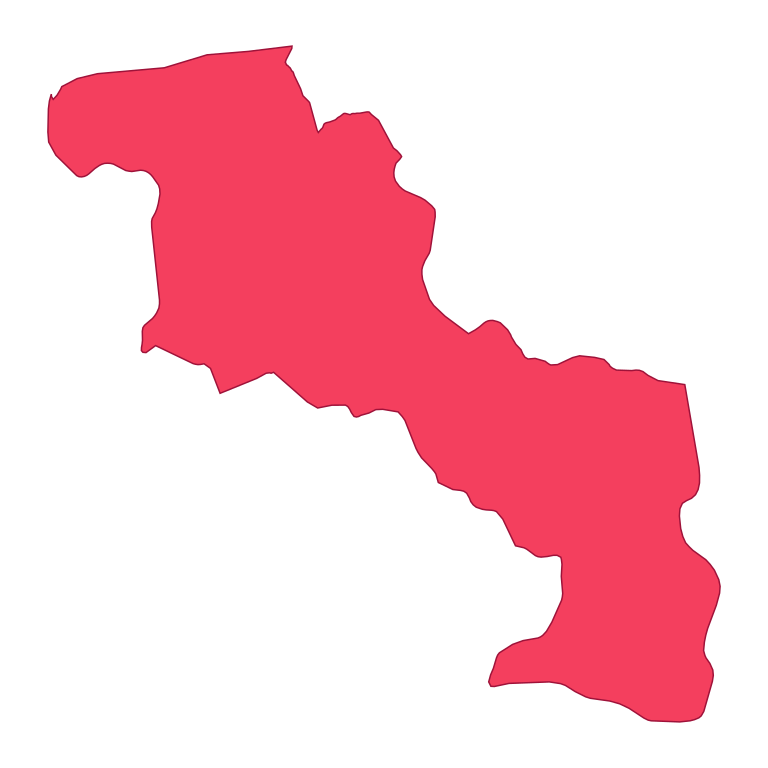 map outline of Aragua (Natural Earth projection)
{"feature_id": "VEN-41", "entity_name": "Aragua", "entity_type": "State", "adm_level": 1, "iso_a3": "VEN", "parent_name": "Venezuela", "parent_adm1": "", "projection": "natural_earth1", "projection_center": [-67.18, 9.967], "detail": "fine", "context": "isolated", "style": "filled", "palette": "rose", "viewbox_px": 768, "rotation_deg": 0, "n_neighbors": 0, "source": "natural_earth", "source_scale": "10m", "svg_char_len": 4055}
<svg xmlns="http://www.w3.org/2000/svg" viewBox="0 0 768 768"><path d="M51.3,94.1L51.5,96.6L53.2,99.4L57.0,95.3L60.6,89.3L61.8,86.6L77.2,78.6L97.5,73.7L164.3,67.8L207.1,54.8L248.4,51.4L292.0,46.1L291.8,48.5L286.1,59.7L285.3,62.4L285.9,63.2L286.2,64.3L286.5,64.8L286.7,65.1L286.8,65.2L287.0,65.2L287.5,65.3L288.4,66.3L288.8,66.7L289.5,67.4L289.9,67.6L290.1,67.9L290.9,69.2L291.4,70.3L291.6,70.8L291.9,71.0L292.2,71.2L292.5,71.3L292.9,71.8L293.4,72.8L294.3,75.6L300.6,88.8L302.9,95.7L308.8,101.6L309.6,102.7L317.1,130.2L318.3,132.5L321.2,129.1L321.8,128.7L322.2,128.2L322.6,127.7L322.9,127.1L323.7,124.9L324.0,124.2L324.4,123.8L324.9,123.4L326.1,122.8L326.8,122.6L329.6,122.0L334.5,120.2L335.2,119.9L336.3,119.1L337.5,117.9L338.5,117.2L340.2,116.3L343.6,113.6L344.5,113.4L345.8,113.5L349.3,114.5L350.2,114.7L350.5,114.5L351.7,113.8L352.2,113.6L353.3,113.5L354.9,113.6L355.4,113.5L357.0,113.2L359.8,113.2L366.4,112.0L368.0,111.9L369.2,112.1L371.4,114.5L378.5,120.3L393.4,148.0L397.0,150.8L400.6,154.8L401.6,156.6L399.9,159.1L396.0,163.2L395.0,166.2L394.2,169.4L393.8,172.9L394.1,176.9L395.5,181.1L399.3,186.3L402.3,189.0L405.2,191.0L420.8,197.7L425.1,200.2L431.8,205.9L434.7,209.4L435.1,212.1L435.2,216.8L430.2,250.3L429.2,253.3L424.9,260.7L422.6,266.5L421.9,269.7L421.9,274.2L422.6,279.6L429.5,299.4L433.7,305.5L445.0,316.2L468.5,333.7L475.3,329.9L479.8,326.7L483.8,323.2L485.9,321.8L488.0,320.9L490.2,320.5L492.8,320.4L497.4,321.6L500.3,322.8L507.6,329.8L510.6,334.7L511.5,337.1L515.9,344.4L521.0,349.7L522.8,353.9L524.9,357.2L528.0,359.0L535.1,358.4L545.2,361.3L547.5,363.1L549.3,364.3L550.8,365.0L557.6,364.6L572.6,357.6L579.6,355.8L594.7,357.4L604.0,359.5L609.1,364.5L610.1,366.3L612.5,368.2L616.5,370.1L631.7,370.6L636.0,370.1L639.4,370.3L643.0,371.6L648.0,375.4L658.0,380.6L684.8,384.6L699.0,467.4L699.6,475.3L699.5,483.0L698.1,489.6L695.5,494.7L691.5,498.3L686.6,500.6L682.4,503.3L679.9,508.8L679.4,516.0L680.7,528.6L682.8,536.5L685.6,542.8L689.1,546.7L692.9,550.4L705.9,559.8L710.2,564.5L714.4,570.2L718.8,579.7L720.1,586.3L719.6,593.1L716.3,605.3L707.7,628.3L705.8,635.1L704.4,642.1L703.6,650.6L704.9,655.4L706.0,657.9L709.9,663.5L712.8,670.0L713.3,675.4L712.4,681.3L703.8,711.4L701.2,715.9L698.9,717.8L694.6,719.6L690.1,720.8L679.7,721.9L651.2,720.8L648.1,720.1L644.0,718.1L628.9,708.2L619.6,703.8L609.7,701.0L590.4,698.3L585.6,696.8L575.2,691.6L565.4,685.4L560.5,683.6L549.3,681.9L509.0,683.4L494.3,686.5L490.9,686.3L488.7,681.9L490.6,674.9L493.4,668.3L496.5,657.8L497.7,655.0L499.4,652.8L512.6,644.4L523.1,640.6L538.0,638.0L540.5,636.9L542.7,635.4L546.5,631.3L551.9,622.1L561.6,600.2L562.3,597.0L562.7,593.5L561.3,576.4L562.0,564.3L561.4,559.4L560.8,557.2L557.1,555.3L553.4,555.3L547.3,556.5L541.1,557.1L538.0,556.7L535.4,555.6L526.8,549.2L524.1,547.8L515.5,545.8L502.8,519.1L496.5,511.6L493.9,510.6L491.3,510.2L486.3,509.9L482.4,509.3L476.2,507.2L473.2,504.8L470.8,501.6L469.4,498.0L466.7,493.2L463.8,491.2L460.5,490.4L452.8,489.5L438.3,482.5L435.9,474.0L434.5,471.8L431.7,468.4L421.6,457.9L418.1,452.5L416.0,448.4L405.0,420.5L402.3,416.6L398.1,411.9L382.7,409.3L375.8,409.6L369.0,413.0L360.9,415.3L358.7,416.5L356.4,417.0L354.0,416.4L351.3,412.5L349.7,409.2L347.8,406.5L345.5,405.1L331.9,405.2L317.7,408.0L307.4,402.0L273.6,372.3L271.1,373.2L269.6,372.8L266.2,373.2L256.7,378.4L220.1,393.3L210.5,368.4L204.1,363.8L200.1,364.5L197.8,364.6L195.3,364.2L193.1,363.6L155.6,345.6L146.0,352.6L142.9,352.3L141.4,350.6L141.5,347.5L142.1,344.2L142.5,340.3L142.3,331.3L142.9,327.7L144.5,325.3L152.5,318.5L154.6,316.0L156.6,313.0L158.9,308.0L159.5,303.9L159.5,300.1L151.7,227.1L151.6,221.4L152.2,218.5L155.3,212.9L156.9,208.9L158.3,203.7L160.0,194.0L159.7,188.9L158.6,185.2L152.7,176.8L150.7,174.5L148.5,172.7L146.0,171.3L143.4,170.5L140.5,170.2L131.8,171.5L128.7,171.1L125.7,170.5L113.5,164.1L110.6,163.4L107.5,163.2L104.5,163.4L101.7,164.3L99.3,165.5L94.9,168.5L89.0,173.7L86.8,175.3L84.3,176.4L81.6,176.9L79.0,176.7L76.7,175.6L55.9,155.2L48.7,142.1L47.9,132.1L48.4,108.9L49.4,101.0L51.3,94.1Z" fill="#f43f5e" stroke="#9f1239" stroke-width="1.5"/></svg>